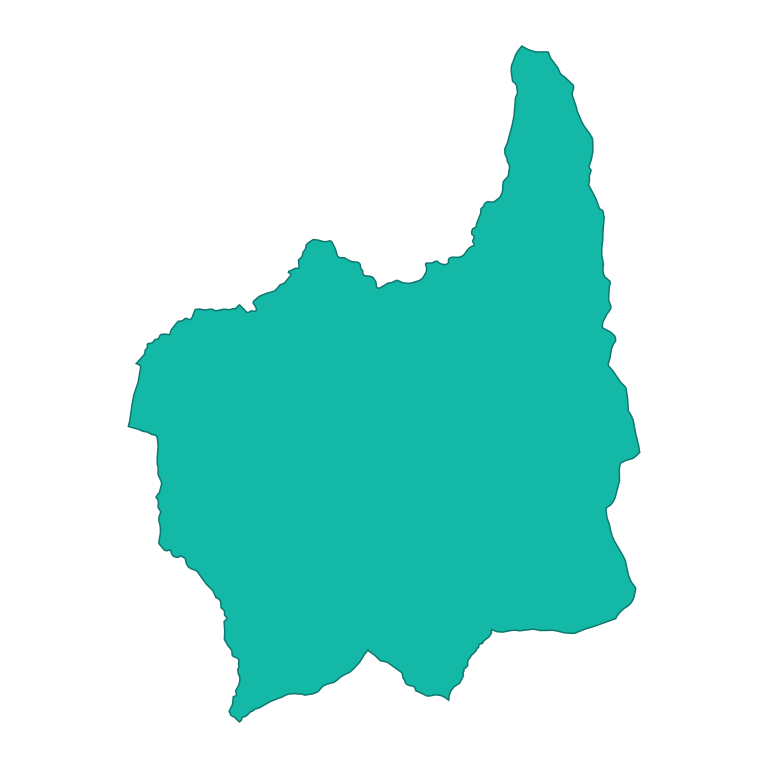 outline of Angelópolis, Antioquia, Colombia
{"feature_id": "7082276B44826680756830", "entity_name": "Angelópolis", "entity_type": "district", "adm_level": 2, "iso_a3": "COL", "parent_name": "Colombia", "parent_adm1": "Antioquia", "projection": "mercator", "projection_center": [-75.718, 6.132], "detail": "fine", "context": "isolated", "style": "filled", "palette": "teal", "viewbox_px": 768, "rotation_deg": 0, "n_neighbors": 0, "source": "geoboundaries", "source_scale": "gbopen_adm2", "svg_char_len": 6106}
<svg xmlns="http://www.w3.org/2000/svg" viewBox="0 0 768 768"><path d="M239.3,721.9L241.2,720.5L242.0,717.9L242.7,717.1L245.1,716.6L247.2,715.2L250.4,711.8L252.1,711.4L255.3,709.0L259.7,707.7L270.0,701.7L279.4,697.9L281.4,697.4L285.9,695.0L288.9,694.0L295.5,693.6L298.2,694.1L301.7,694.0L304.6,695.1L312.6,693.9L316.7,692.4L318.7,691.0L321.9,687.1L323.7,685.8L326.6,684.3L334.1,682.3L337.9,679.5L339.8,677.5L345.2,674.3L349.7,672.2L352.8,669.6L359.5,662.4L364.2,654.8L368.0,649.9L368.6,650.9L374.9,655.4L380.1,660.6L387.2,662.2L401.5,672.4L402.3,673.6L402.9,677.7L404.5,680.2L405.7,683.3L406.7,684.3L408.3,685.2L413.1,686.2L414.4,687.1L416.1,691.0L418.7,691.9L426.9,696.0L430.1,695.9L434.6,695.0L437.3,694.9L440.4,695.4L444.0,696.8L448.7,700.2L449.2,695.3L450.7,691.1L454.0,686.9L459.3,683.4L460.2,682.2L462.9,676.9L463.5,675.0L462.9,672.7L464.0,670.9L463.9,669.2L466.6,666.9L467.7,665.5L467.7,661.4L468.6,659.6L471.5,655.3L475.6,651.3L477.3,648.2L478.6,647.4L478.8,645.1L479.2,644.6L481.5,643.1L481.8,643.7L483.1,642.5L483.3,641.2L489.2,636.8L491.5,632.9L491.3,629.9L492.9,630.1L497.1,631.7L502.8,632.1L511.1,630.5L515.1,630.2L519.6,630.8L533.6,629.1L540.0,630.5L553.2,630.3L558.1,631.2L564.3,632.8L573.4,633.4L575.1,633.1L585.6,628.9L593.0,626.7L615.7,618.6L617.1,615.8L619.7,612.5L623.6,608.8L628.7,605.4L631.2,602.7L632.7,600.2L633.9,597.3L635.0,592.4L635.6,589.8L635.6,587.8L631.0,581.5L628.4,575.0L625.4,560.8L623.5,556.7L613.8,540.0L612.3,536.2L610.6,530.6L609.6,525.2L607.1,518.1L606.0,510.4L606.2,508.4L607.0,507.3L610.6,505.0L613.1,501.8L615.1,497.7L619.5,480.8L619.3,468.7L620.2,464.0L620.9,462.9L624.2,461.2L626.7,460.1L633.0,458.4L636.9,455.3L639.7,452.3L638.7,446.0L635.7,433.9L633.3,420.7L631.5,416.1L628.3,410.7L627.7,399.5L626.0,388.3L625.0,386.5L620.7,382.3L612.7,370.6L608.4,365.8L608.4,363.3L610.0,357.8L611.5,348.7L613.5,344.0L615.6,341.0L615.5,337.7L614.5,335.7L611.9,333.2L609.8,331.6L603.3,328.3L602.6,327.5L602.3,326.1L602.8,322.2L607.1,313.9L610.3,309.5L610.8,308.1L610.9,306.5L608.9,300.7L608.6,298.8L609.2,287.8L610.4,282.6L609.7,281.0L605.0,277.0L603.8,274.9L602.8,270.1L603.5,264.0L601.9,256.2L601.7,252.7L601.8,248.0L602.7,240.1L603.1,229.6L604.2,217.5L603.3,213.0L602.6,210.3L599.5,208.8L596.0,198.9L588.6,184.8L589.4,181.5L589.4,175.6L591.0,171.0L591.0,169.8L589.4,168.0L589.2,166.1L591.4,159.4L592.9,151.5L592.7,140.7L592.3,138.1L590.1,134.3L583.6,125.3L581.7,121.6L577.2,111.1L576.2,106.8L572.5,95.9L572.2,93.6L573.6,88.0L573.4,85.3L564.5,76.9L561.4,74.8L560.2,73.3L557.7,67.5L551.1,58.9L550.1,56.9L548.5,52.4L547.9,51.9L538.1,52.0L534.3,51.6L528.1,49.5L521.8,46.1L517.7,51.2L515.8,54.5L511.7,65.2L511.2,67.9L511.4,73.1L512.6,81.3L515.4,83.6L516.6,85.8L517.5,93.2L515.5,97.7L514.0,116.0L512.2,124.9L507.5,142.5L504.8,148.9L504.9,153.6L507.2,159.2L507.3,161.5L508.9,164.1L509.6,166.9L508.4,175.2L507.1,177.6L504.4,180.2L503.3,181.8L502.7,186.2L502.8,188.8L502.1,192.8L499.8,197.4L494.3,201.7L491.9,202.2L487.8,201.6L485.6,202.7L484.8,203.4L483.3,206.7L481.0,208.7L480.6,213.6L476.8,223.1L476.0,226.8L475.5,227.5L473.0,228.5L472.4,229.3L471.6,232.0L471.9,234.3L473.9,236.0L474.1,236.7L473.9,238.4L472.9,240.2L472.8,241.6L473.1,242.7L474.1,243.7L474.3,245.3L471.8,246.3L469.3,247.9L466.8,250.6L465.4,253.0L463.1,255.6L459.3,257.3L451.8,257.2L449.3,258.1L448.4,259.9L448.5,262.5L447.9,263.5L445.3,264.7L442.1,264.2L439.1,263.0L437.7,261.4L436.7,261.2L434.7,261.5L432.2,263.0L426.5,263.1L425.8,263.5L425.5,264.6L426.6,267.8L426.4,271.1L426.0,272.2L423.4,277.0L421.9,278.8L419.1,280.6L410.8,283.2L408.2,283.3L403.3,282.9L397.8,280.5L396.1,280.4L392.1,282.5L387.8,283.2L380.4,287.7L378.2,288.3L377.2,287.8L376.5,286.7L375.8,281.7L373.1,277.6L371.8,276.8L369.9,276.3L364.8,275.7L363.0,274.4L362.6,270.6L360.7,268.2L360.4,265.2L359.8,263.7L358.1,262.4L357.1,262.1L351.8,261.7L348.1,260.0L344.4,257.7L340.4,257.7L339.1,257.3L338.0,256.5L337.2,255.5L336.5,252.4L334.7,247.4L332.0,242.2L331.0,241.1L329.8,240.8L326.2,241.7L323.9,241.7L317.7,240.0L313.1,239.6L307.5,243.4L306.1,245.2L305.5,249.0L303.2,251.9L302.2,256.0L301.5,257.3L298.9,259.6L298.5,260.6L299.1,266.3L298.9,267.6L298.5,268.2L295.0,268.4L291.5,270.3L288.8,271.2L288.4,272.5L290.9,273.9L291.1,274.9L284.3,283.2L280.0,284.9L276.8,288.8L274.1,291.2L266.4,293.4L260.2,295.9L257.8,297.5L253.4,301.4L253.1,303.1L255.5,306.5L256.4,308.8L256.2,310.5L255.5,311.1L254.2,311.3L251.2,310.8L248.9,312.3L246.9,312.4L239.7,305.0L238.9,305.1L235.7,308.5L232.7,308.7L230.4,309.7L223.7,309.2L215.8,310.9L212.6,309.5L210.3,309.0L206.6,309.9L204.4,309.9L199.2,309.0L195.1,309.6L192.1,317.4L190.8,319.2L189.2,319.7L186.6,318.4L185.2,318.4L182.0,321.0L178.5,321.2L177.0,322.5L171.2,329.9L169.9,334.3L169.1,334.7L166.4,334.2L161.6,334.3L160.0,335.4L158.6,338.7L154.6,339.8L153.7,341.4L152.3,342.7L150.0,343.5L148.1,343.5L147.3,344.4L147.3,347.9L145.1,350.2L144.8,353.9L136.2,363.6L138.7,364.5L140.2,365.6L140.6,366.7L140.4,369.1L138.1,382.2L133.9,394.7L131.9,405.3L129.7,421.0L128.3,426.5L138.0,429.2L142.9,431.3L147.2,432.0L151.7,434.4L155.7,435.3L157.0,436.9L157.5,439.2L158.1,446.3L157.2,458.1L157.3,464.1L158.2,467.6L158.0,473.7L158.4,475.3L161.2,481.4L161.6,484.0L159.3,492.9L158.5,493.4L156.0,497.1L158.0,500.0L158.4,502.3L158.0,506.2L158.3,507.8L160.8,511.8L158.8,517.6L158.9,520.1L160.2,526.1L160.4,529.0L160.4,533.1L159.1,540.5L158.9,543.6L163.7,549.4L165.2,550.6L167.4,550.7L168.7,550.1L170.4,550.2L171.9,554.2L173.0,555.9L175.7,557.2L177.1,557.3L178.6,557.2L179.5,556.6L179.9,555.8L180.9,555.7L182.8,557.2L183.9,557.4L184.7,558.1L185.3,558.8L186.1,562.7L187.8,566.2L188.8,567.3L191.4,568.9L195.4,570.2L197.3,571.6L206.2,584.0L213.0,590.9L215.9,597.4L219.0,599.2L220.5,601.3L220.9,602.8L221.0,607.6L224.3,610.6L224.6,615.1L226.9,617.9L226.9,618.9L224.1,621.5L224.7,631.1L224.4,639.5L228.0,645.7L231.0,649.3L231.8,651.0L232.2,655.1L233.3,656.5L237.8,658.2L239.0,660.6L238.5,664.0L238.9,666.9L237.7,669.9L238.4,673.7L239.9,677.7L239.7,681.8L238.4,685.9L235.6,690.9L236.5,694.9L236.1,695.6L233.3,696.7L232.5,704.4L229.1,711.4L230.9,715.2L232.4,716.3L234.3,717.0L239.3,721.9Z" fill="#14b8a6" stroke="#0f766e" stroke-width="1.5"/></svg>